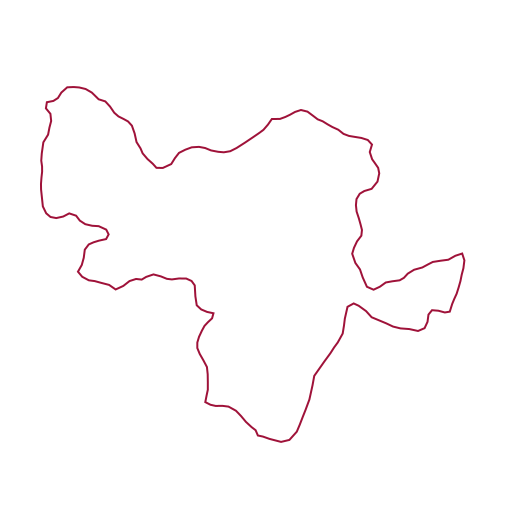 Novorizonte, Minas Gerais, Brazil (Albers equal-area conic projection), rotated 174°
{"feature_id": "56859067B87379220502438", "entity_name": "Novorizonte", "entity_type": "district", "adm_level": 2, "iso_a3": "BRA", "parent_name": "Brazil", "parent_adm1": "Minas Gerais", "projection": "albers", "projection_center": [-42.401, -16.004], "detail": "fine", "context": "isolated", "style": "outline", "palette": "rose", "viewbox_px": 512, "rotation_deg": 174, "n_neighbors": 0, "source": "geoboundaries", "source_scale": "gbopen_adm2", "svg_char_len": 2867}
<svg xmlns="http://www.w3.org/2000/svg" viewBox="0 0 512 512"><g transform="rotate(174 256 256)"><path d="M225.9,390.6L230.4,385.4L235.4,380.7L240.5,377.7L246.8,374.3L255.1,369.9L264.1,365.4L270.7,362.9L277.2,362.5L282.8,363.6L289.7,365.7L295.3,368.7L301.3,370.5L308.6,370.8L315.2,369.1L321.8,366.6L326.4,361.8L330.7,356.3L339.5,353.3L345.8,354.1L349.0,358.5L353.8,363.8L358.0,369.9L359.6,375.1L362.9,381.8L363.9,390.6L365.8,398.6L369.2,403.2L373.2,406.0L378.2,409.2L382.0,413.3L385.5,419.8L389.7,425.5L396.1,428.3L402.2,435.7L408.0,439.9L414.2,442.1L419.7,443.1L426.1,443.5L432.5,438.9L436.5,433.8L441.3,431.4L447.9,430.8L449.5,424.8L445.6,418.9L445.6,411.7L448.0,405.3L450.1,398.4L455.6,391.3L458.3,380.5L459.6,373.3L459.4,367.4L459.9,362.2L461.2,356.2L462.3,350.2L462.8,344.7L462.8,338.2L462.8,327.6L460.2,320.4L456.3,316.3L450.7,314.6L443.6,315.4L437.3,317.9L430.7,314.9L427.5,309.6L422.5,305.5L415.8,303.2L409.3,302.1L402.2,297.9L400.3,292.9L403.3,288.5L410.5,287.7L416.1,286.6L421.1,285.0L425.6,280.2L427.5,272.2L430.2,265.3L434.7,259.0L431.0,253.5L424.8,249.3L419.0,247.9L412.6,245.4L405.1,242.6L399.1,237.4L391.1,240.1L384.4,244.3L377.7,245.7L372.1,244.5L367.4,246.7L359.9,248.4L352.8,245.7L347.0,242.6L342.1,241.5L335.1,241.7L327.8,240.9L322.7,237.9L320.0,233.2L320.5,222.2L320.1,213.2L316.1,208.6L310.5,205.5L304.3,203.5L306.2,198.6L310.7,195.2L314.5,191.9L317.6,187.4L321.1,181.6L323.4,176.1L324.0,170.6L322.2,164.5L319.2,157.7L316.4,150.7L316.4,143.4L317.1,135.5L317.9,128.0L319.5,123.1L321.7,116.0L316.8,112.8L311.8,111.1L305.1,110.5L299.1,109.1L292.1,104.2L287.6,98.4L283.3,92.0L278.2,86.2L274.6,82.8L272.9,77.3L268.0,75.7L261.7,72.7L250.5,68.5L242.0,69.6L233.8,77.0L230.1,83.7L226.0,91.7L222.9,97.6L217.9,107.7L213.3,121.5L210.6,130.7L199.0,144.0L192.2,151.5L187.8,157.0L183.7,161.5L177.9,169.8L175.8,177.5L174.2,184.4L170.3,195.9L163.8,198.6L159.1,195.8L152.3,189.7L147.4,183.0L139.9,178.9L133.5,175.4L127.1,171.5L119.9,168.9L111.1,167.3L102.7,164.5L95.9,166.6L92.3,172.6L90.6,179.7L86.6,183.7L80.3,182.5L74.1,180.1L69.1,180.4L65.9,187.8L63.3,192.6L60.4,197.5L57.7,203.7L55.3,209.7L53.4,215.8L51.0,222.2L49.2,229.9L50.7,236.9L57.7,235.4L65.1,232.2L73.0,232.0L80.8,231.6L85.7,229.7L91.8,227.2L100.2,225.8L106.9,222.6L111.2,218.8L115.7,216.8L123.1,216.6L129.7,216.1L136.0,212.5L142.6,210.2L148.9,213.8L152.1,223.5L154.0,231.8L157.9,238.7L160.1,248.2L157.7,253.9L154.0,260.0L149.1,265.2L147.9,270.8L148.7,276.4L149.8,282.8L151.3,289.7L151.3,296.1L150.1,302.1L146.3,307.1L141.5,309.3L134.0,310.7L127.4,317.3L124.8,325.3L125.3,330.9L127.7,335.3L130.4,340.1L132.0,347.5L129.0,354.7L132.7,359.7L138.9,362.4L145.2,364.1L151.0,365.7L156.2,368.3L161.0,373.0L166.6,376.3L171.1,379.5L175.6,383.0L180.4,385.5L184.3,389.2L189.7,394.2L196.1,396.5L202.1,395.2L207.5,392.9L212.3,391.2L217.9,389.8L225.9,390.6Z" fill="none" stroke="#9f1239" stroke-width="2"/></g></svg>